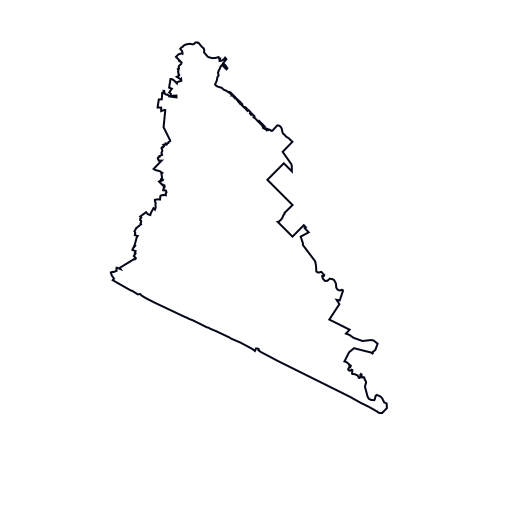 Cárdenas, Tabasco, Mexico, rotated 225°
{"feature_id": "50627088B51271489460916", "entity_name": "Cárdenas", "entity_type": "district", "adm_level": 2, "iso_a3": "MEX", "parent_name": "Mexico", "parent_adm1": "Tabasco", "projection": "orthographic", "projection_center": [-93.625, 18.169], "detail": "fine", "context": "isolated", "style": "outline", "palette": "ink", "viewbox_px": 512, "rotation_deg": 225, "n_neighbors": 0, "source": "geoboundaries", "source_scale": "gbopen_adm2", "svg_char_len": 6105}
<svg xmlns="http://www.w3.org/2000/svg" viewBox="0 0 512 512"><g transform="rotate(225 256 256)"><path d="M456.0,348.9L453.2,348.6L451.4,347.6L451.1,347.1L451.6,347.1L453.4,343.8L453.4,340.2L448.2,340.2L448.2,339.6L447.7,339.6L446.7,340.2L445.4,340.2L444.7,338.9L444.9,336.3L444.2,334.8L443.0,334.1L443.4,332.9L442.1,332.5L441.5,331.2L440.6,330.9L440.0,330.0L438.2,329.7L438.1,328.5L438.7,326.7L434.2,327.7L434.2,328.3L432.7,327.1L434.6,323.3L433.9,322.1L437.8,322.2L440.4,321.7L441.6,320.7L436.5,313.6L433.8,314.8L433.0,310.3L431.1,310.5L429.6,308.9L425.7,313.2L424.4,311.9L430.2,307.5L430.6,307.9L431.8,307.5L432.7,307.6L433.6,306.6L434.9,306.3L435.8,306.5L437.7,307.8L438.2,307.4L436.6,305.6L437.6,304.9L433.4,300.2L435.4,297.9L430.6,291.4L428.0,293.9L425.5,291.4L424.0,294.6L423.3,295.0L412.4,281.7L398.6,277.1L397.9,276.6L398.4,274.6L397.9,274.0L398.4,272.9L398.1,272.1L399.2,271.7L398.5,271.1L399.6,270.3L399.9,269.6L399.2,269.8L398.7,268.2L399.3,267.3L398.7,266.9L399.0,266.3L398.7,266.3L398.8,265.3L396.6,264.2L395.7,262.0L393.9,261.1L394.9,258.4L395.0,257.9L394.4,257.8L394.8,256.0L394.0,255.3L392.8,255.1L392.2,254.6L390.2,256.7L390.0,245.2L388.4,245.4L384.0,247.9L381.0,248.5L381.2,247.3L379.5,246.3L377.0,244.1L376.0,244.1L376.1,243.8L375.5,243.4L375.6,242.9L375.1,242.4L376.4,243.1L376.5,242.6L377.1,242.6L376.4,241.5L376.9,241.5L377.2,240.1L373.4,240.0L372.7,240.5L371.9,240.0L371.4,240.7L371.0,240.5L370.6,241.1L369.7,240.5L369.3,239.9L369.7,239.5L369.5,239.1L369.3,239.3L368.1,236.9L365.9,238.6L364.3,237.7L364.2,236.5L362.7,235.2L364.6,233.8L364.5,233.5L366.0,231.8L366.0,230.7L363.8,228.1L365.9,226.2L367.2,224.2L366.1,223.2L364.3,222.5L363.8,221.6L361.3,219.4L360.6,218.2L360.2,217.3L362.3,217.3L360.8,212.2L359.7,210.2L362.2,209.0L364.7,209.3L365.8,202.0L364.3,202.0L364.1,200.2L363.4,199.5L362.3,199.7L361.3,199.0L360.8,197.5L359.7,197.2L360.4,190.7L360.2,190.6L359.4,187.5L358.0,187.2L356.5,185.1L353.8,186.5L353.6,185.0L349.1,177.2L348.6,177.5L348.5,176.5L349.0,176.3L347.7,172.9L344.5,174.3L343.8,172.4L342.9,172.5L342.4,169.6L339.4,169.5L339.2,169.1L339.3,167.9L340.1,167.4L344.0,151.1L342.6,150.9L347.0,148.9L346.4,148.9L344.1,146.9L345.3,144.1L346.2,143.4L347.0,141.7L344.1,140.2L340.4,139.6L340.2,137.6L326.6,141.3L320.2,143.1L318.9,143.8L312.4,145.3L311.0,147.2L309.2,147.1L304.0,148.3L294.2,151.5L262.9,162.7L261.5,163.5L259.6,163.9L254.8,166.0L240.3,170.8L238.8,171.8L236.9,172.2L230.9,174.7L216.9,179.7L215.7,179.8L205.7,183.8L192.7,187.7L189.6,188.1L190.6,190.6L189.7,191.5L188.3,192.1L187.6,191.7L187.5,191.1L184.5,191.6L166.7,197.1L89.9,222.9L77.8,226.3L69.4,229.2L60.2,231.7L58.8,231.8L57.2,232.6L56.9,233.3L55.8,234.0L55.9,241.0L59.3,244.1L61.8,243.1L66.2,244.6L68.0,244.7L69.8,244.3L72.5,243.0L72.4,241.5L70.6,238.5L70.4,237.7L72.8,235.6L75.4,234.8L78.1,235.7L86.0,240.3L87.1,241.4L88.5,244.0L89.3,244.9L92.4,245.8L93.1,246.5L94.2,246.5L95.1,245.1L96.0,245.4L97.6,246.9L98.4,246.7L98.3,245.8L96.7,244.5L96.5,243.0L97.2,242.6L99.7,243.4L100.2,243.2L102.3,242.4L104.5,240.7L105.0,240.8L107.2,243.5L108.1,243.1L108.4,241.3L109.8,240.7L110.5,240.9L111.1,241.8L111.2,243.4L112.4,244.4L112.1,244.8L111.0,244.6L111.3,245.4L116.9,245.0L118.9,244.0L122.1,253.8L121.5,260.1L106.2,269.2L103.8,269.6L105.6,269.9L105.2,274.0L108.0,280.0L113.2,279.4L115.3,277.8L120.6,271.2L129.2,267.1L134.1,266.3L137.5,264.7L137.7,270.1L159.2,262.9L163.0,280.9L168.0,282.0L165.4,283.8L169.7,292.6L170.3,293.2L171.4,292.8L171.4,292.3L173.0,290.4L174.7,289.9L176.9,290.4L179.9,293.0L183.7,294.2L185.8,293.6L187.8,292.1L188.0,288.9L189.7,287.1L192.6,287.3L194.3,288.1L195.0,288.7L193.9,289.6L194.0,290.2L194.3,290.8L195.6,290.8L198.5,291.0L200.3,288.2L202.4,287.7L206.5,291.4L210.4,294.1L230.6,296.9L231.7,298.1L238.1,301.3L235.5,310.0L241.4,310.2L241.1,311.5L244.0,311.6L243.9,295.5L264.8,295.5L264.1,296.9L264.0,299.3L264.4,301.9L265.4,303.9L265.6,306.0L266.3,306.5L266.2,317.9L301.8,317.9L301.9,341.2L290.5,341.2L294.5,345.1L295.9,345.9L310.8,348.5L311.0,362.5L316.3,362.4L318.9,361.7L321.3,361.9L323.3,361.7L324.6,362.1L328.0,364.3L330.0,364.8L331.5,364.6L333.0,363.8L333.3,363.3L333.0,356.1L333.8,355.2L335.0,355.3L335.8,354.9L336.2,353.8L337.0,353.1L337.4,351.7L337.6,353.7L338.1,353.7L338.2,352.5L338.5,352.5L338.1,353.7L339.0,353.3L339.0,352.7L340.0,351.9L340.4,352.0L340.4,352.5L341.0,352.1L341.0,352.4L341.4,352.3L341.4,353.7L341.7,353.7L341.7,351.9L342.1,352.0L342.1,352.4L342.6,352.4L342.6,353.7L343.0,353.7L343.0,352.5L343.4,352.5L343.4,353.7L344.0,353.7L344.0,353.2L344.3,353.2L344.8,353.2L344.9,353.7L344.9,352.8L345.7,352.7L345.7,353.7L346.1,353.7L346.2,352.6L348.1,352.7L348.1,353.7L348.7,353.7L348.8,352.3L349.0,353.7L349.5,353.7L349.5,352.6L355.4,352.8L355.4,352.4L356.0,352.4L356.0,353.7L359.2,353.7L359.2,352.4L361.2,352.6L361.3,353.8L364.4,353.9L364.5,352.6L366.6,352.6L366.6,353.7L368.8,353.7L369.0,353.6L368.9,352.6L369.6,352.6L372.3,352.6L372.3,353.0L373.2,353.1L373.2,353.6L374.6,353.7L374.6,352.4L376.3,352.6L376.4,353.7L376.7,353.7L376.6,352.6L376.9,352.6L377.0,353.7L377.3,353.7L377.3,352.6L377.6,352.6L377.6,353.7L378.5,353.6L378.3,352.9L378.7,352.9L378.8,353.6L380.3,353.6L380.4,353.0L381.6,353.3L381.9,353.0L382.2,353.6L383.3,353.6L382.9,352.9L383.1,352.8L383.7,353.6L383.2,352.8L383.9,352.8L384.6,353.6L385.1,353.6L384.3,352.2L385.0,353.0L386.2,353.6L385.6,353.2L386.5,352.4L386.6,353.6L388.4,353.6L388.6,352.7L388.9,352.8L388.8,353.6L389.8,353.6L390.6,353.1L390.3,351.6L390.7,352.9L391.0,353.0L392.1,352.1L393.8,351.9L396.2,350.8L399.6,350.6L401.1,349.5L404.2,348.2L406.2,348.3L407.6,352.0L409.8,355.3L410.2,357.3L412.6,358.8L412.9,359.8L413.6,361.0L414.1,363.1L415.0,364.8L415.1,367.1L408.9,367.1L409.0,368.5L412.4,369.2L415.5,369.0L416.1,374.2L418.1,374.4L417.8,372.1L418.3,370.2L419.4,368.4L419.7,368.2L420.9,370.0L421.2,369.3L423.1,370.2L424.7,367.4L426.6,365.2L430.2,363.0L431.4,362.8L436.2,363.2L436.8,363.3L437.8,364.7L439.7,365.8L442.5,365.6L447.0,366.1L448.1,365.9L448.2,365.4L449.4,364.7L449.8,363.8L449.8,361.8L450.3,361.0L453.0,359.1L455.2,355.9L455.9,353.7L455.8,352.1L456.2,350.2L456.0,348.9Z" fill="none" stroke="#020617" stroke-width="2"/></g></svg>